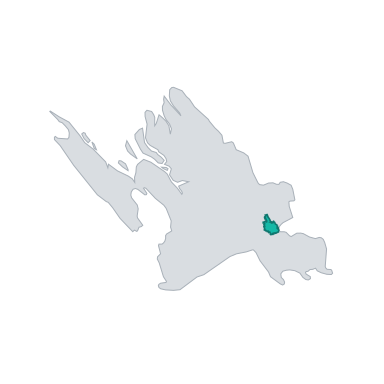 Joypurhat, Rajshahi, Bangladesh shown in context, rotated 147°
{"feature_id": "16705992B2288856744536", "entity_name": "Joypurhat", "entity_type": "district", "adm_level": 2, "iso_a3": "BGD", "parent_name": "Bangladesh", "parent_adm1": "Rajshahi", "projection": "equal_earth", "projection_center": [89.098, 25.063], "detail": "fine", "context": "in_parent", "style": "filled", "palette": "teal", "viewbox_px": 384, "rotation_deg": 147, "n_neighbors": 0, "source": "geoboundaries", "source_scale": "gbopen_adm2", "svg_char_len": 7849}
<svg xmlns="http://www.w3.org/2000/svg" viewBox="0 0 384 384"><g transform="rotate(147 192 192)"><path d="M143.6,271.1L143.5,262.0L138.7,243.9L138.9,241.9L137.9,233.3L136.7,228.5L136.0,223.3L139.0,216.0L137.8,214.8L131.3,212.5L130.6,210.6L131.9,203.4L127.3,196.6L125.5,191.5L130.4,175.0L131.7,163.6L131.3,161.4L128.3,158.8L122.9,157.8L119.1,155.6L116.9,152.4L115.0,151.1L112.7,152.1L109.7,150.8L107.3,147.6L105.2,143.7L106.0,139.4L110.0,129.4L111.4,129.1L114.8,131.0L116.1,131.0L118.3,127.0L121.4,115.7L132.3,116.7L134.9,116.3L137.6,115.4L139.1,114.0L139.9,112.2L139.6,110.6L136.3,108.4L135.0,106.9L134.1,102.3L133.1,100.6L126.6,100.4L123.2,98.3L121.3,96.4L118.0,90.3L113.9,85.7L110.0,84.6L108.5,83.2L107.7,80.8L108.2,77.4L110.2,70.9L120.9,56.9L121.2,55.4L120.8,53.6L117.7,51.3L117.5,50.2L118.3,47.3L120.1,46.9L123.8,49.6L127.6,53.9L129.9,57.7L129.9,60.8L132.9,61.4L135.3,62.7L137.9,62.3L139.5,63.1L140.6,62.8L141.0,61.1L138.9,56.6L139.9,54.8L142.4,54.9L144.2,56.6L145.5,60.0L145.7,65.2L148.6,70.0L152.4,73.4L155.4,75.0L159.0,76.1L162.1,75.0L163.7,71.7L163.0,68.7L163.4,66.0L164.7,64.6L166.6,64.6L168.0,66.8L172.3,78.2L171.4,83.2L172.4,97.2L171.3,106.3L172.0,109.9L172.7,110.5L179.1,112.2L188.3,115.9L195.3,117.2L227.1,116.2L234.1,118.0L255.3,116.6L261.1,119.6L267.5,124.3L271.0,127.9L271.7,129.9L271.3,131.7L270.1,132.6L268.0,132.6L263.0,130.3L262.1,131.0L262.1,136.5L258.1,150.4L257.6,154.7L256.2,156.4L252.0,157.3L249.3,165.3L248.1,166.3L245.4,164.6L243.6,164.8L241.5,165.6L239.3,167.5L237.9,169.8L236.2,170.6L230.2,170.4L229.1,174.2L225.2,179.1L222.6,192.2L222.8,196.2L226.2,206.6L228.6,220.1L229.5,221.5L230.6,221.6L230.6,215.4L231.7,214.6L233.1,215.3L236.0,223.7L237.6,225.8L240.0,226.4L242.9,225.1L245.0,222.7L245.8,220.0L245.0,210.9L246.3,207.2L251.1,201.7L251.8,200.0L251.4,190.9L253.3,190.6L255.7,191.3L258.8,189.1L259.8,189.1L261.1,191.4L263.3,191.0L266.7,209.1L267.1,221.9L267.9,229.0L269.1,230.6L272.9,241.2L276.7,278.8L277.3,302.8L278.8,310.9L277.6,312.8L276.4,313.1L275.3,310.2L267.4,304.2L265.5,304.8L262.8,308.3L261.7,311.6L262.2,316.2L263.1,320.7L265.0,323.3L265.2,326.2L267.4,337.0L266.8,337.1L262.4,327.3L257.1,317.6L255.3,300.3L255.1,291.8L251.5,281.7L248.0,264.3L249.4,258.1L246.9,260.8L243.0,250.3L236.8,240.1L234.9,235.6L234.8,231.2L232.2,235.6L228.6,238.7L225.0,243.4L222.6,244.8L214.8,245.7L210.3,239.4L203.9,224.1L203.0,220.6L203.8,211.6L202.2,203.1L201.8,195.6L200.6,196.3L200.2,198.4L200.5,201.5L200.0,204.2L189.2,202.4L193.9,206.9L198.8,208.0L201.4,212.0L201.5,218.6L196.7,222.7L197.1,226.0L200.0,230.2L196.6,231.3L195.6,234.0L195.6,237.9L198.0,243.8L197.6,246.1L201.7,253.8L202.5,257.5L201.5,262.8L192.7,273.4L190.2,280.9L188.0,284.4L185.3,285.1L182.0,281.5L182.0,277.8L182.6,274.9L187.2,267.9L184.7,268.9L177.6,274.7L176.2,270.0L175.3,265.6L175.3,260.2L178.7,252.3L174.8,256.2L173.8,261.2L174.3,267.1L173.8,271.2L172.2,276.7L170.2,279.9L166.8,282.0L165.3,285.2L163.1,287.6L162.3,276.6L159.8,261.9L159.3,265.1L160.6,274.2L160.5,280.2L158.7,284.9L155.0,289.9L152.1,290.6L150.5,289.9L145.2,282.3L144.7,275.1L143.6,271.1ZM208.6,271.3L202.1,273.1L198.7,272.5L204.9,259.3L204.7,253.4L203.7,248.5L200.5,244.6L200.3,241.9L198.9,238.1L198.1,233.7L201.6,232.2L204.5,234.8L205.5,239.8L207.0,243.6L211.9,251.3L211.9,256.1L210.6,267.7L208.6,271.3ZM222.6,267.0L218.7,270.5L219.9,249.6L222.9,257.4L223.7,261.5L222.6,267.0ZM237.9,256.5L236.1,258.0L234.5,256.7L232.4,251.8L233.4,245.6L234.0,244.7L236.6,251.0L237.9,256.5ZM252.9,300.7L250.7,301.0L249.6,299.5L250.1,297.4L249.4,290.6L252.3,289.9L253.4,295.6L252.9,300.7ZM250.3,281.7L248.7,288.5L248.0,285.4L249.1,279.5L250.3,281.7ZM203.3,227.2L204.0,229.4L200.3,226.6L199.4,224.6L201.0,223.6L203.3,227.2Z" fill="#d9dde1" stroke="#a8b0b8" stroke-width="1"/><path d="M152.1,120.7L151.8,120.5L151.5,120.4L151.5,120.2L151.4,120.3L151.1,120.2L151.0,119.9L150.9,119.7L151.0,119.4L150.9,119.2L150.7,118.9L150.5,118.6L150.3,117.9L150.0,117.9L149.8,117.9L149.7,117.7L149.9,117.7L149.9,117.4L150.0,117.4L149.9,117.3L149.8,117.1L149.8,116.9L149.7,117.0L149.6,116.9L149.5,116.7L149.4,116.7L149.3,116.8L149.3,116.6L149.1,116.6L149.0,116.3L149.0,116.2L148.9,116.0L148.8,115.9L148.5,115.9L148.5,115.7L148.8,115.5L148.9,115.4L148.9,115.0L148.8,114.8L148.9,114.7L148.9,114.3L149.1,114.2L149.2,113.9L149.3,113.9L149.3,113.7L149.2,113.7L149.0,113.3L149.0,113.2L148.8,113.1L148.7,113.2L148.7,113.3L148.4,113.3L148.5,113.4L148.4,113.4L148.2,113.3L148.1,113.1L147.9,113.1L147.8,112.8L147.7,112.8L147.6,112.7L147.5,112.8L147.5,112.7L147.3,112.4L147.2,112.3L146.9,112.4L146.9,112.5L146.9,112.8L146.5,112.9L146.3,112.7L146.1,112.5L146.0,112.8L146.1,113.0L145.7,112.9L145.6,113.0L145.4,113.0L145.2,112.9L145.1,112.7L144.8,112.5L144.8,112.4L144.7,112.3L144.7,112.1L144.4,111.8L144.3,111.7L144.2,111.7L144.1,111.8L144.1,112.0L143.9,112.1L143.8,111.9L143.6,111.8L143.4,111.6L143.5,111.8L143.4,111.8L143.1,111.5L143.0,111.4L142.9,111.4L142.7,111.2L142.8,111.3L142.7,111.5L142.4,111.8L142.3,111.7L142.0,111.7L141.9,111.9L141.9,111.7L141.4,111.6L141.4,111.4L141.2,111.4L141.1,111.7L141.0,111.8L140.9,111.9L140.7,112.1L140.2,112.4L140.0,112.6L139.9,112.7L139.8,112.9L140.0,113.3L139.9,113.5L140.1,113.9L140.1,114.4L140.3,114.7L140.2,114.7L140.0,114.8L139.9,114.7L139.8,114.8L139.6,114.8L139.6,114.7L139.4,114.6L139.3,115.0L139.2,115.1L139.4,115.4L139.6,115.4L139.7,115.6L139.6,115.9L139.8,116.0L139.8,116.3L139.7,116.3L139.4,116.3L139.4,116.1L139.2,116.0L139.0,116.3L138.9,116.5L138.8,116.8L138.9,117.2L138.9,117.5L138.8,117.8L138.7,117.8L138.9,117.8L139.0,118.0L138.9,118.2L138.8,118.4L138.7,118.5L138.8,118.6L139.0,118.9L139.3,119.1L139.5,119.4L139.4,119.5L139.5,120.2L139.4,120.5L139.3,120.8L139.2,121.2L139.1,121.5L139.4,122.2L139.6,122.2L139.7,122.5L139.5,123.0L139.8,123.2L139.8,123.4L139.9,123.5L140.0,123.6L139.9,123.3L139.9,123.1L140.0,123.0L140.0,122.8L140.1,122.7L139.9,122.3L140.1,122.3L140.3,122.4L140.5,122.4L140.9,122.4L141.0,122.3L141.1,122.7L141.4,122.7L141.6,122.8L141.6,122.6L141.8,122.6L142.0,122.6L142.3,122.7L142.2,123.1L142.0,123.3L142.0,123.5L142.4,123.8L142.2,123.9L142.0,124.0L142.3,124.2L142.2,124.2L142.3,124.3L142.2,124.6L142.0,124.8L142.0,125.1L142.0,125.5L142.1,126.0L141.8,126.2L141.7,126.5L141.8,126.6L141.8,127.0L141.7,127.4L141.7,128.0L141.8,128.1L141.8,128.5L141.7,128.8L141.7,129.1L141.7,129.6L141.8,129.6L141.8,130.0L142.0,130.1L141.9,130.3L141.8,130.6L141.7,130.6L141.7,130.8L141.3,131.2L141.3,131.4L141.5,131.7L141.3,132.1L141.7,132.2L141.8,132.2L142.0,132.2L142.1,132.6L142.3,132.6L142.4,132.2L142.8,132.3L142.9,132.2L143.0,132.3L143.0,132.1L143.1,131.9L143.3,131.9L143.4,132.0L143.5,131.9L143.6,132.0L143.8,131.9L143.8,131.7L144.0,131.7L144.1,131.4L144.2,131.5L144.6,131.6L144.7,131.4L144.8,131.4L145.0,131.3L145.0,131.2L144.8,131.3L144.7,131.0L144.7,130.9L144.7,130.4L145.0,130.7L145.3,130.5L145.3,130.2L145.4,129.9L145.2,129.9L145.2,129.6L145.2,129.4L145.0,128.9L144.8,128.9L144.8,128.7L144.8,128.4L145.0,128.1L145.2,127.9L145.2,127.7L145.1,127.8L145.1,127.4L145.0,127.2L145.3,127.0L145.4,126.9L145.5,126.8L145.5,126.6L145.8,126.8L146.0,126.6L146.1,126.9L146.4,127.0L146.2,127.6L146.4,127.6L146.6,127.5L146.8,127.6L147.0,127.5L147.4,127.5L147.5,127.5L147.8,127.5L148.0,127.5L148.2,127.4L148.4,127.4L148.4,127.5L148.5,127.9L148.6,128.0L148.7,127.9L148.8,127.8L148.7,127.8L148.6,127.7L148.6,127.4L148.6,127.2L148.6,126.9L148.4,126.8L148.4,126.6L148.5,126.5L148.4,126.3L148.6,126.2L148.8,125.9L149.0,125.9L148.9,125.6L148.8,125.4L149.0,125.2L149.1,125.3L149.4,125.3L149.4,125.1L149.0,125.1L149.3,124.8L149.4,124.7L149.5,124.6L149.5,124.3L149.8,124.2L149.9,123.9L149.6,123.9L149.7,123.6L149.8,123.7L150.2,124.2L150.3,124.1L150.5,124.1L150.7,123.6L150.7,123.4L150.7,123.2L150.8,123.0L150.8,122.7L151.0,122.5L151.0,122.4L151.0,122.1L150.9,121.8L151.0,121.7L151.4,121.3L151.7,120.9L151.9,120.8L152.1,120.8L152.1,120.7Z" fill="#14b8a6" stroke="#0f766e" stroke-width="1.5"/></g></svg>